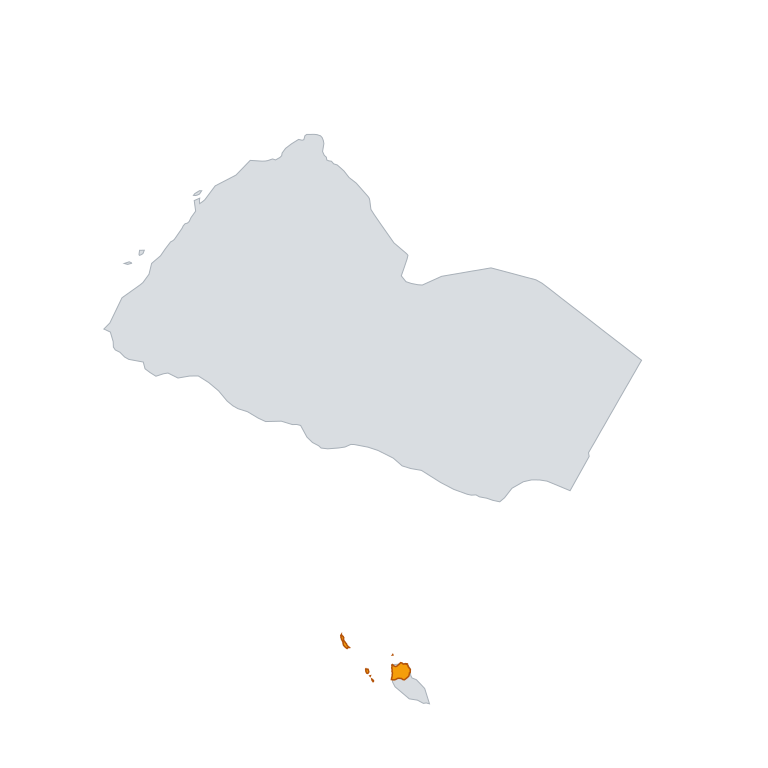 Qalansiyah wa Abd Al Kuri, Hadramawt, Yemen (highlighted), rotated 48°
{"feature_id": "15242507B10596271459975", "entity_name": "Qalansiyah wa Abd Al Kuri", "entity_type": "district", "adm_level": 2, "iso_a3": "YEM", "parent_name": "Yemen", "parent_adm1": "Hadramawt", "projection": "equal_earth", "projection_center": [53.013, 12.411], "detail": "fine", "context": "in_parent", "style": "filled", "palette": "amber", "viewbox_px": 768, "rotation_deg": 48, "n_neighbors": 0, "source": "geoboundaries", "source_scale": "gbopen_adm2", "svg_char_len": 7021}
<svg xmlns="http://www.w3.org/2000/svg" viewBox="0 0 768 768"><g transform="rotate(48 384 384)"><path d="M587.8,317.1L565.3,327.8L559.4,332.6L554.0,338.5L549.9,345.8L547.1,358.7L549.2,370.5L549.0,376.8L543.2,381.0L537.7,384.0L531.7,388.6L528.0,389.8L525.0,393.5L521.5,396.0L508.9,402.7L495.1,407.8L473.2,414.0L464.7,420.7L457.0,425.3L445.3,426.7L429.2,433.0L420.3,438.1L409.2,446.5L406.7,449.1L404.7,455.2L401.2,460.5L394.5,469.2L389.5,473.6L386.1,473.9L379.6,476.3L371.9,476.8L359.0,473.7L355.7,475.9L352.9,479.2L342.9,485.2L332.7,497.1L325.2,500.3L313.2,504.0L304.7,509.0L299.1,510.9L291.8,512.0L278.4,511.5L265.6,513.3L253.8,516.6L248.1,523.0L241.7,533.1L231.3,537.2L228.9,540.9L225.6,548.3L218.9,550.2L212.8,551.4L206.6,548.2L194.9,557.2L190.4,558.7L183.7,559.0L178.9,560.9L175.5,560.4L171.3,556.9L162.3,552.6L155.7,555.4L155.2,546.9L144.6,521.0L147.2,498.4L147.3,495.2L145.2,485.2L138.9,476.0L139.2,464.3L137.2,456.0L135.6,447.5L136.2,445.2L136.3,443.1L133.2,430.0L132.1,427.3L131.8,424.6L132.9,422.4L132.9,420.0L131.2,416.0L129.5,408.3L120.7,402.3L122.6,396.6L124.3,398.6L126.6,400.3L127.1,396.6L127.2,393.9L123.8,376.9L129.7,354.2L128.3,333.8L136.8,325.5L138.9,323.0L140.2,320.9L142.2,316.2L144.9,314.7L146.0,309.8L145.9,307.3L144.2,305.2L143.0,299.5L143.6,292.3L144.1,289.3L145.1,283.8L148.1,281.7L148.8,280.1L146.6,276.6L146.8,274.5L151.9,268.7L153.9,266.9L157.1,265.1L159.6,265.1L162.5,266.2L165.1,267.8L167.5,270.8L170.1,274.1L174.1,275.4L176.9,275.1L179.2,276.6L181.1,275.8L183.3,274.0L186.7,274.1L189.9,272.2L198.8,271.2L207.3,271.8L216.2,270.2L225.1,270.3L234.1,270.4L236.1,270.7L238.0,271.7L245.5,276.9L251.3,277.9L262.8,279.4L275.1,280.9L285.8,282.2L294.8,281.0L302.4,280.0L304.4,280.1L306.6,283.3L311.1,291.3L315.2,298.8L322.7,299.2L327.6,296.4L332.9,292.4L336.1,289.3L340.0,277.1L342.5,269.2L348.1,260.3L352.8,252.9L359.0,243.0L362.5,237.6L369.3,226.8L375.7,222.6L388.1,214.5L400.3,206.6L408.2,201.4L414.9,199.1L426.1,197.0L439.3,194.7L452.5,192.3L466.6,189.7L482.3,186.9L493.0,185.0L506.7,182.5L518.1,180.4L528.2,178.6L538.7,176.7L540.6,182.7L542.6,188.6L544.5,194.6L546.5,200.5L548.4,206.5L550.4,212.5L552.3,218.4L554.3,224.4L556.3,230.4L558.2,236.3L560.2,242.3L562.2,248.3L564.1,254.3L566.1,260.2L568.1,266.2L570.0,272.2L571.9,278.0L575.1,280.0L577.0,285.5L579.7,293.4L582.4,301.3L585.1,309.2L587.8,317.1ZM618.4,559.1L621.2,559.9L625.4,557.8L637.5,557.5L652.1,564.2L649.3,566.0L647.7,568.4L641.3,570.7L634.9,575.9L616.4,578.4L611.0,577.0L606.5,572.0L598.2,565.4L601.5,561.3L602.2,559.3L603.4,557.5L608.1,554.4L612.8,554.9L618.4,559.1ZM125.3,478.4L124.7,479.7L123.8,479.4L121.1,476.2L124.2,472.6L125.8,475.9L125.3,478.4ZM117.8,398.0L116.3,399.4L115.9,397.0L116.9,391.8L118.4,390.2L119.4,394.1L118.7,396.3L117.8,398.0ZM123.6,494.5L120.6,496.4L122.7,491.6L124.8,490.6L125.4,490.8L123.6,494.5Z" fill="#d9dde1" stroke="#a8b0b8" stroke-width="1"/><path d="M615.9,557.6L615.6,557.3L615.4,557.0L615.2,556.8L614.9,556.6L614.7,556.4L614.4,556.2L614.3,555.9L614.0,555.6L613.7,555.4L613.4,555.4L613.1,555.4L612.8,555.4L612.5,555.4L612.2,555.3L611.9,555.3L611.6,555.3L611.3,555.3L611.0,555.2L610.7,555.2L610.4,555.2L610.1,555.1L609.8,555.0L609.6,554.8L609.3,554.6L609.1,554.5L608.8,554.4L608.6,554.4L608.3,554.4L608.0,554.4L607.9,554.5L607.7,554.5L607.4,554.8L607.2,555.0L607.0,554.8L607.0,554.7L607.0,554.4L606.7,554.7L606.5,554.9L606.3,555.1L606.1,555.2L605.9,555.5L605.8,555.9L605.7,556.2L605.5,556.5L605.3,556.8L605.2,557.0L604.9,557.2L604.6,557.2L604.3,557.2L604.1,557.2L603.8,557.3L603.5,557.3L603.2,557.4L602.9,557.6L602.7,557.8L602.4,558.0L602.2,558.1L602.2,558.5L602.3,558.9L602.3,559.2L602.4,559.6L602.5,560.1L602.4,560.5L602.3,560.8L602.3,561.2L602.3,561.6L602.3,562.1L602.3,562.5L602.3,563.0L602.2,563.3L602.1,563.7L602.0,564.0L601.8,564.3L601.7,564.5L601.4,564.7L601.1,564.9L600.8,565.0L600.5,565.1L600.3,565.2L600.0,565.3L599.7,565.3L599.4,565.4L599.2,565.4L598.8,565.4L598.5,565.4L598.1,565.4L598.0,565.7L598.0,566.1L598.2,566.4L598.5,566.5L598.9,566.7L599.2,567.0L599.5,567.3L599.7,567.6L599.9,567.9L600.1,568.2L600.4,568.4L600.7,568.5L601.0,568.6L601.5,569.0L602.0,569.4L602.2,569.6L602.5,569.9L602.7,570.2L602.9,570.4L603.3,570.5L603.8,570.7L604.1,570.9L604.3,571.1L604.6,571.3L604.8,571.5L605.0,571.7L605.2,572.0L605.4,572.4L605.6,572.6L605.8,572.7L606.2,573.0L606.4,573.2L606.6,573.5L606.8,573.8L607.0,574.1L607.2,574.4L607.4,574.7L607.5,575.0L607.8,575.3L608.0,575.5L608.4,576.0L608.5,576.2L608.6,576.3L610.0,575.1L610.9,574.1L611.1,573.6L611.4,573.1L611.6,572.0L611.9,570.9L612.1,570.5L613.0,569.5L613.3,569.2L614.4,568.3L614.4,568.2L616.4,567.7L617.5,566.7L617.7,563.7L617.7,563.3L617.7,561.2L617.0,560.0L616.3,559.0L615.7,558.4L615.9,557.8L615.9,557.6ZM544.7,583.5L544.4,583.3L544.2,583.3L543.9,583.4L543.7,583.5L543.4,583.6L543.1,583.5L542.9,583.4L542.6,583.4L542.3,583.4L542.0,583.4L541.8,583.6L541.7,583.5L541.8,583.9L541.9,584.1L542.0,584.5L542.5,584.8L542.8,584.9L543.0,585.0L543.3,585.2L543.5,585.6L543.8,585.7L544.0,585.8L544.3,585.8L544.6,585.9L544.9,586.1L545.2,586.3L545.4,586.5L545.6,586.6L545.9,586.6L546.2,586.6L546.4,586.6L546.7,586.6L547.0,586.7L547.2,586.8L547.5,587.0L547.8,587.1L548.0,587.2L548.3,587.3L548.6,587.3L548.9,587.4L549.2,587.5L549.3,587.9L549.5,588.1L549.8,588.2L550.1,588.4L550.4,588.5L550.6,588.6L550.9,588.8L551.2,588.9L551.5,588.9L551.8,588.9L552.0,588.9L552.3,588.9L552.6,588.9L552.9,588.9L553.1,588.9L553.4,588.9L553.7,588.8L554.0,588.8L554.3,588.7L554.5,588.7L554.8,588.7L555.1,588.6L555.4,588.6L555.7,588.5L555.9,588.4L555.9,588.0L555.7,587.7L555.6,587.4L555.8,587.1L556.0,586.8L556.2,586.6L556.5,586.3L556.7,586.0L556.4,586.0L556.1,586.2L555.9,586.2L555.6,586.3L555.4,586.3L555.1,586.3L554.8,586.3L554.5,586.3L554.2,586.3L553.9,586.3L553.6,586.3L553.4,586.3L553.1,586.3L552.8,586.2L552.6,586.0L552.3,585.9L552.1,585.8L551.8,585.8L551.5,585.8L551.2,585.8L550.9,585.8L550.7,585.8L550.4,585.7L550.2,585.7L549.8,585.6L549.6,585.6L549.2,585.6L548.8,585.6L548.5,585.6L548.3,585.6L548.0,585.5L547.8,585.4L547.4,585.3L547.1,585.1L546.9,585.0L546.6,584.9L546.4,584.7L546.2,584.5L546.0,584.2L545.8,583.9L545.5,583.6L545.2,583.6L544.7,583.5ZM587.7,587.8L587.4,587.7L587.1,587.6L586.8,587.5L586.5,587.3L586.3,587.1L586.1,587.0L585.8,587.0L585.5,586.8L585.3,586.7L585.0,586.8L584.9,587.2L584.7,587.5L584.3,587.9L584.0,587.9L583.8,587.9L583.5,587.9L583.5,588.1L583.6,588.4L583.8,588.6L584.1,588.7L584.4,588.7L584.6,589.0L584.8,589.3L585.0,589.5L585.6,589.8L585.8,589.9L586.1,589.9L586.4,590.1L586.7,590.2L587.0,590.3L587.3,590.3L587.6,590.2L587.9,590.1L588.1,589.8L588.2,589.5L588.2,589.1L588.1,588.8L588.0,588.4L587.9,588.1L587.7,587.8ZM598.0,591.0L597.8,590.7L597.6,590.5L597.4,590.3L597.1,590.3L596.8,590.3L596.6,590.3L596.3,590.3L595.9,590.3L595.6,590.4L595.4,590.4L595.1,590.5L595.4,590.7L595.6,590.9L595.9,591.0L596.2,591.1L596.5,591.2L596.8,591.2L597.1,591.2L597.4,591.2L597.9,591.3L598.0,591.0ZM591.9,589.8L591.7,589.4L591.5,589.8L591.9,589.8ZM591.3,558.7L591.0,558.6L591.1,559.0L591.3,558.7Z" fill="#f59e0b" stroke="#b45309" stroke-width="1.5"/></g></svg>